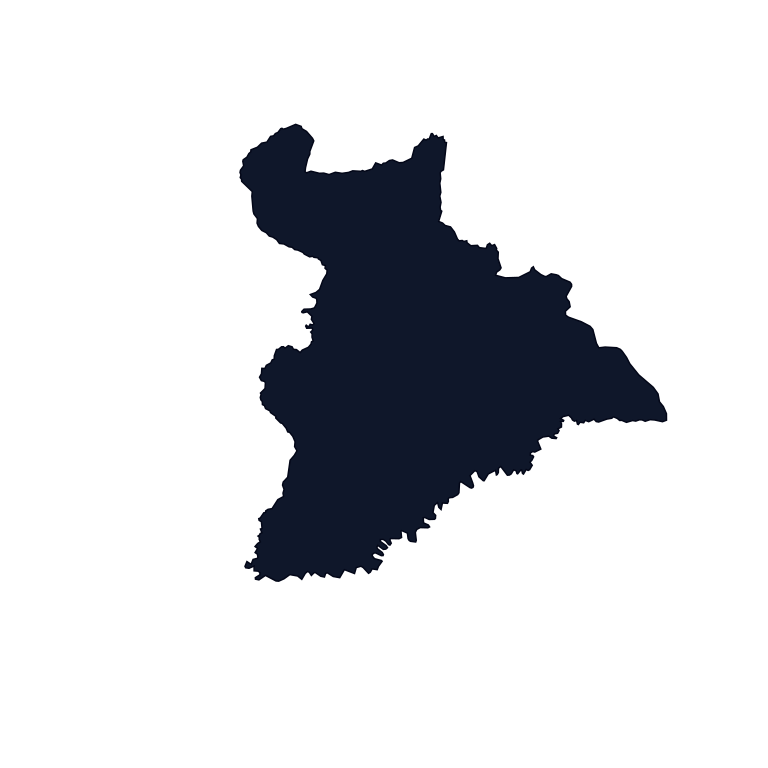 Montalvo, Los Rios, Ecuador, rotated 307°
{"feature_id": "8360857B47637388687848", "entity_name": "Montalvo", "entity_type": "district", "adm_level": 2, "iso_a3": "ECU", "parent_name": "Ecuador", "parent_adm1": "Los Rios", "projection": "mercator", "projection_center": [-79.312, -1.802], "detail": "fine", "context": "isolated", "style": "filled", "palette": "ink", "viewbox_px": 768, "rotation_deg": 307, "n_neighbors": 0, "source": "geoboundaries", "source_scale": "gbopen_adm2", "svg_char_len": 6159}
<svg xmlns="http://www.w3.org/2000/svg" viewBox="0 0 768 768"><g transform="rotate(307 384 384)"><path d="M525.1,631.4L530.3,627.4L534.1,620.7L535.6,614.7L541.0,608.8L543.4,601.1L544.6,582.0L548.1,568.1L551.2,561.7L553.5,554.5L553.9,551.9L553.0,548.0L546.6,538.4L542.2,533.8L544.3,529.2L553.2,518.0L554.1,513.9L552.5,504.3L548.4,491.1L548.3,487.6L551.2,485.1L557.7,486.2L561.2,482.3L562.1,478.8L563.6,476.7L574.9,475.1L576.5,473.8L577.3,471.3L575.1,462.5L575.6,458.0L574.9,455.8L572.6,451.2L567.6,449.0L566.7,447.8L565.8,443.4L565.9,435.6L567.5,432.7L565.4,432.1L561.6,433.2L550.2,427.5L541.8,417.0L538.0,407.7L541.0,406.6L544.9,407.8L547.2,407.6L552.7,399.6L558.1,395.9L558.6,393.1L560.1,392.4L561.9,388.4L559.3,386.8L560.0,383.7L557.4,382.8L554.3,383.9L553.3,383.3L550.3,378.1L551.0,375.2L546.7,370.1L546.8,365.3L548.2,363.9L545.9,362.0L545.7,360.1L543.5,357.8L544.0,355.4L547.8,348.7L549.5,342.6L547.4,337.4L547.8,333.9L546.7,329.8L556.8,326.1L556.8,324.7L559.0,322.4L563.4,320.2L567.7,315.4L571.2,314.1L578.0,307.7L582.0,305.8L586.4,301.8L588.1,301.5L590.8,302.6L614.4,288.6L613.6,287.0L615.3,285.5L614.9,284.1L617.2,282.2L613.1,279.1L614.0,276.2L611.9,275.1L613.1,272.0L612.4,271.1L606.7,272.7L606.1,271.5L604.1,270.8L603.6,268.4L594.7,268.0L591.3,266.1L581.0,270.3L572.4,265.9L569.8,262.9L568.1,256.0L565.7,253.8L561.5,252.4L559.9,250.6L557.4,250.3L555.6,244.3L548.7,245.2L542.2,240.6L541.5,238.3L540.0,237.6L535.4,230.7L531.7,228.4L527.0,223.7L523.8,217.7L518.2,214.1L516.2,209.0L513.4,205.6L510.0,197.6L506.0,195.0L506.0,193.2L509.6,191.1L517.8,187.5L523.0,186.4L525.1,184.8L535.9,181.6L537.2,179.0L539.1,170.1L538.5,164.8L539.9,162.8L538.2,157.2L529.3,152.1L526.9,150.2L526.8,148.6L525.8,147.9L521.1,147.9L518.6,146.5L515.8,146.5L513.5,144.4L506.7,144.9L502.7,141.3L496.9,140.4L491.0,136.8L489.2,137.9L486.7,137.4L482.6,138.0L478.4,136.6L476.9,137.2L473.8,140.6L468.4,140.7L466.3,141.7L464.9,143.9L462.3,145.0L462.0,146.7L460.2,148.4L458.4,163.0L454.5,165.4L443.4,175.4L441.5,177.8L439.9,183.4L436.1,185.8L434.3,188.9L433.1,194.0L434.0,199.0L433.1,203.3L434.4,206.8L434.7,211.4L433.3,215.9L435.6,219.8L436.4,225.6L437.9,228.3L437.6,231.8L439.1,234.6L440.3,240.1L439.8,242.1L440.8,248.1L443.0,250.1L443.0,251.8L445.0,255.3L444.4,256.3L444.7,259.3L442.2,263.0L443.3,265.9L440.9,267.3L440.7,270.1L437.5,272.0L429.9,272.8L420.8,275.6L416.2,274.6L411.1,271.3L410.5,274.7L411.6,278.1L411.0,279.5L408.3,281.7L403.9,282.5L402.5,282.4L399.7,280.2L395.6,275.1L392.4,274.7L391.8,275.4L392.2,276.6L395.5,279.3L394.7,285.7L391.9,287.1L390.2,291.8L388.2,291.4L387.3,289.1L384.9,289.4L384.1,288.6L384.2,286.5L383.1,286.6L382.0,288.7L385.6,293.2L383.9,294.6L381.4,294.2L380.8,296.4L378.1,298.3L375.8,301.5L374.1,300.7L371.9,301.7L367.8,301.5L361.9,298.3L358.6,298.1L358.8,293.4L357.2,290.8L358.4,288.2L357.0,284.5L353.0,283.4L353.3,281.3L352.1,279.8L348.1,278.8L346.9,277.4L340.5,279.4L337.7,281.4L336.1,280.2L332.7,280.9L328.1,278.8L324.7,279.5L323.0,277.0L318.4,280.0L314.5,280.5L312.9,284.0L314.2,287.1L313.5,288.6L308.8,291.7L302.4,290.8L301.8,292.1L298.8,293.3L297.2,295.3L296.8,297.3L294.4,299.3L294.8,301.5L293.1,304.2L293.9,309.0L292.9,310.6L293.1,317.2L291.7,318.0L290.7,324.8L291.3,326.5L289.8,332.5L287.8,336.0L288.6,337.7L287.3,342.7L284.4,347.7L280.2,350.3L278.3,354.7L272.9,355.3L266.6,354.9L251.6,363.2L245.1,362.5L242.2,363.8L239.7,367.6L236.1,369.0L233.7,371.5L227.8,368.8L217.1,369.6L214.1,366.8L211.6,365.9L210.2,366.7L208.8,365.5L202.5,365.8L201.1,365.0L199.9,366.4L200.3,368.9L195.3,373.5L193.8,372.6L191.7,376.0L190.0,375.1L188.5,375.5L186.7,374.9L186.5,376.8L184.9,377.7L183.5,380.2L180.7,379.1L176.6,378.8L176.6,382.0L171.8,382.5L171.9,385.3L169.6,387.7L168.5,387.7L165.1,385.0L160.0,386.4L159.7,381.4L154.7,382.7L154.0,384.2L155.6,387.1L160.4,389.8L156.6,392.7L158.9,396.3L158.6,398.5L156.9,399.7L151.9,397.8L150.8,398.8L152.3,402.0L159.8,404.5L161.7,416.3L163.2,418.6L168.3,421.4L175.1,423.5L178.7,430.6L178.5,435.9L185.4,435.1L188.2,435.7L188.7,437.6L187.4,441.2L191.1,441.7L192.1,442.6L192.4,449.2L194.0,452.6L197.5,451.4L199.1,452.2L199.7,459.3L202.7,465.2L211.9,464.1L214.9,474.5L220.7,472.3L224.6,475.3L224.9,477.8L223.5,485.6L225.5,486.3L229.2,485.8L231.6,490.3L235.1,489.3L241.3,489.2L241.5,488.2L238.8,481.6L239.6,478.2L240.8,477.2L243.2,477.9L244.1,479.1L245.3,485.2L246.4,486.5L247.4,486.2L248.4,484.0L248.5,477.9L249.5,476.4L251.4,476.2L251.5,483.0L253.2,484.8L255.4,485.3L256.2,483.0L256.1,475.8L257.6,474.7L259.4,476.8L259.6,480.0L258.5,484.3L258.9,485.7L261.2,485.6L263.0,482.5L264.5,482.2L269.5,489.1L272.0,490.4L276.7,486.1L277.6,486.4L279.0,492.4L275.0,496.3L274.2,498.2L274.3,499.8L276.9,504.4L278.5,503.9L284.4,498.3L287.6,497.7L291.1,499.3L295.6,505.6L297.3,506.4L298.1,504.3L296.9,499.2L300.8,495.8L302.0,497.1L303.0,501.6L306.3,505.7L307.5,506.0L310.2,504.3L310.8,500.5L317.3,497.2L321.6,498.1L318.5,502.0L318.1,505.1L324.1,502.3L326.9,506.5L328.9,506.1L331.0,504.4L332.4,504.5L334.8,507.1L340.0,509.4L342.2,509.3L350.3,503.9L352.3,504.0L353.0,515.1L353.6,516.6L355.0,517.3L356.5,516.8L358.3,514.5L362.6,507.8L369.5,508.7L370.1,511.0L367.0,515.7L366.5,521.5L367.0,522.2L374.9,521.4L380.1,523.9L382.1,525.1L379.0,528.5L379.8,528.9L382.1,528.6L385.6,526.1L388.4,526.9L385.4,537.4L386.8,539.0L388.8,539.7L393.5,539.2L394.2,541.8L392.5,544.0L392.7,544.8L397.6,545.0L398.2,545.7L395.9,548.5L396.0,549.6L401.3,549.0L401.7,551.1L403.2,551.9L408.3,551.3L409.4,547.6L411.9,548.0L415.9,547.3L416.4,545.9L415.2,543.7L417.1,542.4L419.5,543.4L420.4,545.4L426.4,548.4L430.6,541.3L432.0,540.6L437.3,542.8L441.5,547.0L441.7,550.6L444.0,554.3L445.0,554.2L444.6,551.4L445.3,550.2L446.8,550.2L449.1,552.3L452.1,551.9L452.8,549.8L456.4,551.6L459.0,549.8L460.2,547.6L462.1,549.7L463.1,549.4L462.7,545.8L465.7,546.6L470.2,550.3L469.7,554.2L468.7,556.2L468.9,558.4L470.7,559.8L468.4,562.6L468.6,563.6L471.5,563.6L473.2,566.8L476.1,566.6L477.1,570.2L482.3,572.9L481.7,576.1L482.8,578.3L490.1,583.1L493.7,586.5L495.9,587.0L496.9,591.1L496.7,594.1L498.1,595.9L499.3,600.7L504.4,604.5L505.9,607.4L509.2,609.6L510.7,611.8L511.4,615.0L515.7,618.0L518.2,621.9L521.5,629.1L525.1,631.4Z" fill="#0f172a" stroke="#020617" stroke-width="1.5"/></g></svg>